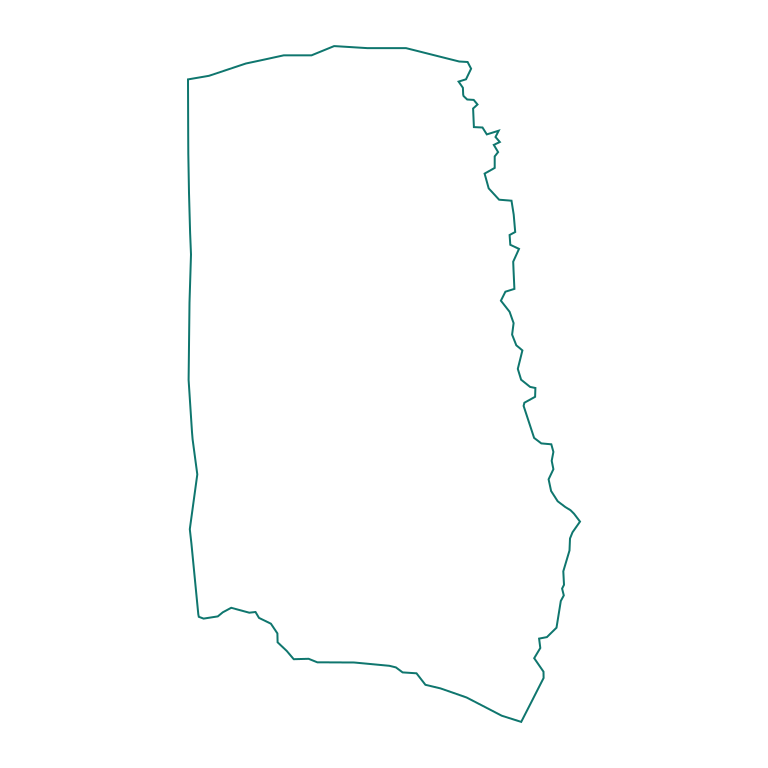 Camuy, Puerto Rico (orthographic projection)
{"feature_id": "32010507B35175802889516", "entity_name": "Camuy", "entity_type": "district", "adm_level": 2, "iso_a3": "PRI", "parent_name": "Puerto Rico", "parent_adm1": "", "projection": "orthographic", "projection_center": [-66.848, 18.417], "detail": "fine", "context": "isolated", "style": "outline", "palette": "teal", "viewbox_px": 768, "rotation_deg": 0, "n_neighbors": 0, "source": "geoboundaries", "source_scale": "gbopen_adm2", "svg_char_len": 1798}
<svg xmlns="http://www.w3.org/2000/svg" viewBox="0 0 768 768"><path d="M222.8,612.3L231.2,607.8L249.3,612.7L255.5,612.0L259.0,617.9L270.9,623.7L277.4,633.4L277.6,642.3L286.7,650.9L293.3,658.7L293.8,659.2L308.6,658.8L317.3,662.3L353.8,662.5L354.2,662.5L389.4,665.8L395.9,667.4L402.6,672.4L416.5,673.3L425.4,684.8L440.5,688.4L466.6,697.5L501.7,715.7L521.2,721.9L532.1,700.6L538.7,687.6L543.6,678.0L543.5,671.7L534.2,658.2L540.3,648.0L539.1,638.6L546.9,637.1L556.5,627.7L560.8,601.0L563.8,595.4L562.1,588.6L564.0,584.8L563.3,571.3L569.5,550.5L570.0,538.5L572.5,532.3L580.0,521.6L574.0,513.7L570.5,510.2L565.4,507.1L557.7,501.3L551.1,491.0L548.6,479.3L553.4,469.2L551.7,460.8L553.4,451.9L551.3,444.3L541.3,443.4L534.1,437.9L523.6,405.9L524.4,402.7L535.1,396.8L535.4,388.0L530.1,386.9L521.1,379.7L517.8,368.9L522.4,350.4L516.3,345.3L512.1,334.6L513.6,323.1L509.6,311.8L500.9,300.7L505.4,291.7L514.4,288.9L513.5,269.4L513.2,261.7L519.0,248.9L510.3,244.8L509.6,235.0L515.2,232.0L513.7,214.6L511.5,200.7L499.1,199.7L488.7,188.4L484.6,173.6L494.7,167.9L494.7,156.4L498.1,152.1L493.8,144.9L499.8,142.0L495.5,137.0L498.7,130.7L486.8,134.4L482.5,127.5L473.9,127.1L473.1,108.5L477.5,104.5L473.7,99.9L467.2,99.5L463.6,96.1L463.2,94.7L462.9,87.8L458.6,81.6L466.0,79.3L471.1,68.7L467.6,62.0L459.2,61.5L434.9,55.4L417.9,51.1L405.9,48.1L393.2,48.1L391.6,48.1L375.4,48.1L374.4,48.1L366.9,48.1L341.1,46.5L336.1,46.2L334.1,46.1L317.2,53.0L311.6,55.3L283.9,55.3L272.4,57.8L272.0,57.9L258.6,60.8L249.7,62.7L245.9,63.5L238.7,65.9L209.0,75.8L204.4,76.6L188.0,79.4L188.2,135.2L188.3,153.6L189.0,193.0L190.1,232.6L191.0,254.5L189.5,302.6L188.6,379.9L192.0,432.1L192.6,439.3L197.3,474.4L189.8,529.2L191.4,543.4L198.3,614.3L198.8,616.8L203.6,618.6L217.8,616.4L222.8,612.3Z" fill="none" stroke="#0f766e" stroke-width="2"/></svg>